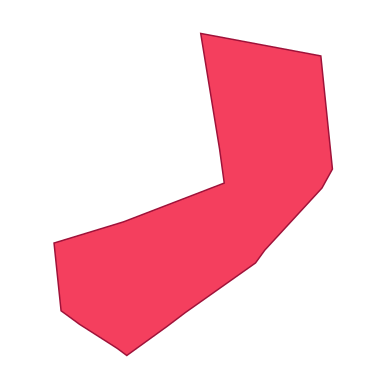 outline of Jubbada Dhexe, rotated 85°
{"feature_id": "SOM-2315", "entity_name": "Jubbada Dhexe", "entity_type": "Region", "adm_level": 1, "iso_a3": "SOM", "parent_name": "Somalia", "parent_adm1": "", "projection": "natural_earth1", "projection_center": [42.85, 1.13], "detail": "fine", "context": "isolated", "style": "filled", "palette": "rose", "viewbox_px": 384, "rotation_deg": 85, "n_neighbors": 0, "source": "natural_earth", "source_scale": "10m", "svg_char_len": 393}
<svg xmlns="http://www.w3.org/2000/svg" viewBox="0 0 384 384"><g transform="rotate(85 192 192)"><path d="M349.2,271.2L341.2,280.2L313.9,315.7L298.9,332.8L298.1,332.8L230.8,333.9L215.8,263.0L185.9,159.1L151.5,160.8L34.8,169.5L67.7,51.8L181.4,50.1L199.4,62.2L256.2,124.5L268.2,134.9L311.6,209.3L323.6,228.4L348.8,270.6L349.2,271.2Z" fill="#f43f5e" stroke="#9f1239" stroke-width="1.5"/></g></svg>